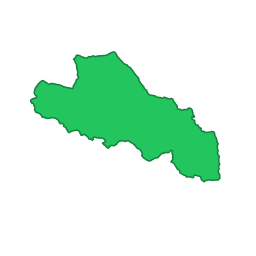 outline of Acomayo, Cusco, Peru, rotated 152°
{"feature_id": "86281439B20943617264122", "entity_name": "Acomayo", "entity_type": "district", "adm_level": 2, "iso_a3": "PER", "parent_name": "Peru", "parent_adm1": "Cusco", "projection": "orthographic", "projection_center": [-71.657, -13.926], "detail": "fine", "context": "isolated", "style": "filled", "palette": "green", "viewbox_px": 256, "rotation_deg": 152, "n_neighbors": 0, "source": "geoboundaries", "source_scale": "gbopen_adm2", "svg_char_len": 5821}
<svg xmlns="http://www.w3.org/2000/svg" viewBox="0 0 256 256"><g transform="rotate(152 128 128)"><path d="M173.0,144.1L172.7,143.6L172.0,143.1L171.4,143.0L170.4,143.2L169.8,143.0L169.2,142.4L169.1,141.7L168.3,140.5L167.8,139.4L167.5,138.0L167.8,137.4L167.8,136.9L167.3,136.3L166.7,136.1L165.8,135.1L165.6,134.4L165.3,134.0L164.4,134.1L163.9,134.3L163.7,134.8L163.6,135.5L163.5,135.8L163.3,135.9L161.4,135.5L160.3,134.1L158.6,133.1L158.0,132.5L155.9,131.5L155.3,131.0L154.4,129.7L154.1,128.0L154.1,127.1L154.5,126.6L155.0,126.4L157.3,126.7L157.6,126.5L157.3,125.7L157.1,124.4L156.1,123.0L156.2,122.1L155.9,121.4L155.8,120.5L155.1,119.8L154.8,119.4L154.2,119.5L152.9,120.2L151.5,120.5L150.4,120.1L148.8,118.9L147.8,119.1L147.3,118.9L146.8,119.1L145.7,118.9L145.1,119.5L144.7,119.7L141.5,120.5L139.5,119.4L138.9,119.5L138.4,119.3L138.0,118.8L137.8,118.3L137.2,118.1L136.7,117.4L135.9,117.1L134.3,117.1L133.8,116.6L133.1,115.7L132.9,115.1L131.0,112.0L129.8,108.8L129.7,106.8L129.2,105.7L127.9,104.0L127.6,103.1L127.3,101.6L127.3,98.8L127.5,98.3L128.2,97.7L128.7,97.5L128.9,97.1L128.4,94.7L127.7,93.1L127.2,92.5L126.2,90.4L124.4,88.7L124.0,88.5L123.4,88.6L122.7,88.5L121.9,88.8L120.5,88.4L119.8,88.8L119.2,88.9L118.2,88.7L116.2,87.9L115.4,87.8L111.9,89.1L109.9,89.5L109.2,89.4L108.4,88.8L107.3,88.9L106.1,88.7L105.6,88.4L105.2,88.0L103.8,87.2L102.8,87.4L101.3,88.2L101.0,88.2L100.6,87.8L99.9,87.5L99.7,87.4L99.7,86.7L100.5,86.1L100.8,85.4L100.8,84.4L101.3,83.6L101.1,82.9L102.7,80.9L102.7,80.2L103.4,78.9L104.7,78.8L105.9,77.9L103.9,75.1L104.0,73.6L103.9,72.6L104.0,71.9L103.8,71.4L103.7,68.7L103.7,68.3L102.9,67.3L102.6,66.2L102.6,65.9L103.1,64.7L103.1,63.7L102.1,62.4L100.9,60.3L99.6,59.0L99.5,58.8L99.5,57.5L99.1,57.1L97.1,56.3L96.0,55.6L95.2,54.8L94.4,53.9L94.0,53.6L93.1,53.8L92.6,54.7L90.9,55.2L90.6,55.0L89.5,53.5L88.5,52.7L86.9,51.1L86.8,50.5L87.4,48.6L87.4,47.7L86.4,45.6L86.2,44.9L84.4,45.1L80.7,44.2L78.2,42.2L74.5,40.7L73.1,39.8L72.7,39.8L72.0,40.2L70.7,40.3L70.4,40.8L69.1,43.5L68.9,44.8L69.0,46.3L68.9,47.0L66.9,49.0L66.6,49.7L66.3,51.1L65.2,52.3L64.1,52.8L63.9,54.8L63.8,55.1L62.5,57.6L62.2,58.4L62.0,58.8L61.0,59.4L60.8,60.1L60.7,60.9L61.0,61.8L61.1,62.5L61.0,63.2L60.3,64.3L59.2,65.5L59.0,66.1L58.7,68.2L58.1,68.9L57.7,70.0L57.1,70.8L56.0,71.4L55.8,71.8L55.7,72.2L56.0,73.2L55.9,73.7L55.3,75.5L54.8,77.8L54.9,79.6L54.8,80.8L54.1,82.5L54.0,84.0L54.5,84.7L55.9,85.8L57.0,85.7L57.7,85.8L59.4,86.8L60.6,87.0L61.8,87.9L62.2,88.8L62.8,89.5L63.5,89.9L64.0,90.1L64.2,90.4L64.3,91.3L64.6,91.8L64.6,92.2L64.4,92.7L63.5,93.2L63.5,93.3L63.9,94.0L64.8,94.6L64.9,95.3L64.8,96.7L65.0,97.8L65.9,98.0L66.5,99.3L66.5,100.7L66.8,101.6L66.5,102.0L65.8,102.5L65.7,103.5L66.1,104.2L67.2,105.4L67.3,105.8L66.9,106.5L66.9,107.1L66.4,107.4L66.1,107.4L65.6,107.2L64.9,106.6L64.4,106.6L63.9,107.1L63.9,107.8L64.3,108.9L64.2,110.1L63.6,111.3L62.9,113.8L62.9,114.1L63.2,114.7L63.3,115.5L63.5,116.0L63.9,116.4L64.7,116.7L65.3,117.1L66.0,117.1L67.3,116.5L67.9,116.7L69.2,117.8L71.8,118.2L72.4,118.6L72.7,119.5L73.2,120.1L74.5,120.7L75.0,121.5L75.2,122.5L75.0,123.4L74.3,123.9L74.2,124.2L74.4,125.8L74.8,126.7L74.7,127.5L75.0,128.7L75.0,129.5L75.3,130.3L75.2,131.1L74.9,132.1L75.0,132.6L75.6,133.5L76.1,133.9L77.9,134.3L78.8,134.7L79.2,135.5L79.7,135.9L80.1,136.9L81.0,137.5L81.5,138.1L82.4,138.2L83.0,138.0L83.3,138.1L84.6,139.0L85.3,139.9L86.2,140.4L87.3,141.2L87.9,141.5L88.3,142.0L88.7,143.2L89.0,143.6L89.6,143.9L89.9,144.3L90.8,145.1L93.2,146.9L93.7,147.6L94.3,150.2L93.8,152.3L94.6,153.8L95.0,155.5L95.1,155.9L94.7,156.7L94.9,157.9L95.4,158.6L95.4,160.6L95.9,162.1L95.8,163.0L96.0,164.4L95.5,165.9L95.3,167.4L95.9,169.8L96.4,171.3L96.3,172.1L96.8,173.4L96.7,175.0L97.1,176.9L97.5,179.6L97.9,180.8L98.9,181.8L99.0,183.1L99.2,184.0L101.3,186.6L101.5,187.1L103.8,196.2L103.7,199.9L104.0,200.9L104.6,201.7L105.1,202.0L107.6,202.4L108.7,202.3L109.9,202.4L112.6,202.2L114.7,203.0L115.3,203.4L117.8,204.2L119.2,205.3L120.5,205.4L121.3,205.9L123.1,206.2L124.2,207.5L125.2,208.2L127.3,208.3L128.9,209.3L129.5,209.4L130.6,209.2L132.5,209.4L134.6,211.9L135.8,212.7L136.3,214.1L137.6,215.5L138.4,216.1L139.2,216.2L139.6,216.2L140.2,215.9L140.7,215.1L141.3,215.0L142.1,214.6L143.4,214.5L143.7,214.3L143.8,214.0L143.4,212.6L143.4,211.8L143.8,210.9L143.6,208.6L145.5,203.9L145.8,202.0L146.2,200.8L146.8,199.8L147.8,198.8L148.0,198.4L147.9,197.2L147.6,196.6L147.7,196.0L148.0,195.7L150.3,194.9L151.1,194.7L151.5,194.5L152.2,193.2L152.9,192.9L156.5,190.8L156.9,190.4L157.3,189.6L157.4,189.2L157.8,188.9L158.4,189.0L159.5,189.6L160.7,190.7L161.9,191.5L163.8,193.1L164.7,194.1L165.4,194.5L166.1,195.5L166.5,196.4L167.1,196.9L167.8,197.7L169.0,198.8L170.4,199.7L171.4,200.8L173.8,202.8L175.4,203.5L176.2,203.3L176.5,203.4L177.7,204.3L180.5,209.4L181.0,209.9L181.6,210.1L182.3,210.1L186.3,209.1L189.7,207.5L191.5,206.4L194.0,203.7L194.4,202.8L194.5,201.1L193.7,199.2L193.9,198.7L195.5,197.7L195.8,197.7L196.4,198.1L197.6,198.5L200.0,198.5L200.4,198.5L201.3,197.6L201.6,196.7L201.3,196.4L201.2,195.0L201.2,194.8L200.6,194.8L200.4,194.6L200.2,194.0L200.1,193.4L200.5,191.6L200.3,190.1L200.7,189.5L201.4,188.8L202.0,187.6L201.9,186.2L202.0,185.2L200.9,184.2L200.7,183.7L199.7,183.1L199.1,182.0L199.0,181.0L198.4,179.6L198.7,178.2L198.5,177.7L197.3,177.3L197.2,176.5L196.5,176.1L195.1,174.6L194.5,174.2L193.1,173.6L190.7,173.0L189.3,172.3L188.8,171.7L187.8,171.1L187.5,170.7L185.9,167.8L185.9,166.8L186.1,165.9L185.9,164.6L185.9,163.9L185.7,163.6L185.1,163.3L184.0,163.0L183.5,162.3L183.0,161.4L183.1,161.0L184.0,160.1L184.0,159.8L183.8,159.2L183.0,158.4L182.9,157.4L182.6,156.7L182.8,155.6L182.6,153.7L182.7,152.5L182.6,152.2L182.1,151.6L181.7,151.5L180.6,151.7L179.0,151.6L177.0,151.1L175.0,150.4L174.3,150.3L174.0,150.1L173.5,149.2L172.9,148.8L172.6,147.5L172.5,147.0L172.7,146.4L173.0,144.1Z" fill="#22c55e" stroke="#15803d" stroke-width="1.5"/></g></svg>